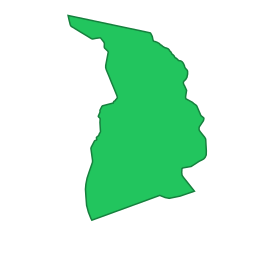 Illizi, Robinson projection, rotated 192°
{"feature_id": "DZA-2188", "entity_name": "Illizi", "entity_type": "Province", "adm_level": 1, "iso_a3": "DZA", "parent_name": "Algeria", "parent_adm1": "", "projection": "robinson", "projection_center": [8.244, 27.011], "detail": "fine", "context": "isolated", "style": "filled", "palette": "green", "viewbox_px": 256, "rotation_deg": 192, "n_neighbors": 0, "source": "natural_earth", "source_scale": "10m", "svg_char_len": 2720}
<svg xmlns="http://www.w3.org/2000/svg" viewBox="0 0 256 256"><g transform="rotate(192 128 128)"><path d="M144.2,30.3L145.6,32.0L149.2,37.4L152.4,43.7L154.7,51.5L156.9,59.3L157.5,64.3L157.6,70.4L157.0,75.9L155.6,87.2L156.0,89.1L160.0,100.2L160.0,101.5L159.9,101.8L158.1,108.3L157.6,108.9L156.8,109.4L156.2,109.9L156.2,110.6L156.7,111.3L156.9,112.0L156.7,112.6L155.5,114.0L155.1,114.6L154.8,116.6L154.3,117.8L154.2,118.4L154.2,118.9L156.6,127.6L157.1,130.9L157.4,131.6L157.7,131.9L158.9,132.6L159.4,133.0L159.5,133.5L158.8,136.9L158.7,138.0L159.0,139.0L159.1,139.6L158.0,143.8L157.4,144.5L147.6,149.4L147.6,150.0L147.5,150.6L147.3,151.1L146.3,152.0L145.8,153.3L145.4,153.8L144.7,155.3L145.4,157.1L149.3,162.9L153.6,169.1L157.0,174.2L161.3,180.4L162.4,182.5L162.8,184.6L162.9,188.8L163.0,193.4L163.1,197.9L163.5,198.8L167.6,201.4L168.1,202.3L168.6,205.3L169.0,206.4L169.5,207.0L173.2,210.1L173.7,210.4L174.8,210.2L178.1,209.0L181.1,207.7L181.8,207.7L182.4,207.8L187.7,209.7L194.4,212.0L203.2,215.1L204.4,215.5L205.3,216.1L206.0,217.1L208.0,221.2L210.0,225.6L126.3,225.7L125.9,225.6L125.7,225.5L125.5,225.3L124.7,224.4L123.9,223.4L123.2,222.4L122.0,219.6L121.7,219.1L121.4,218.6L121.2,218.4L120.6,218.2L120.4,218.2L119.6,218.2L117.4,217.9L114.8,217.1L114.6,217.0L113.8,216.2L113.6,216.1L112.9,216.0L112.7,216.0L112.2,215.8L111.2,215.1L109.1,214.4L108.4,214.2L107.0,214.2L105.2,213.8L105.0,213.7L104.1,213.1L103.8,212.8L103.2,212.1L102.9,211.9L102.4,211.6L102.0,211.4L100.3,209.5L100.1,209.3L99.4,209.1L98.1,208.3L97.8,208.0L97.5,207.6L96.8,206.8L96.6,206.7L96.1,206.3L95.8,206.3L95.4,206.3L95.2,206.3L95.1,206.2L94.9,206.1L94.5,205.8L94.3,205.7L94.2,205.6L93.9,205.5L93.7,205.4L93.0,204.8L92.8,204.6L92.6,204.6L92.4,204.5L91.1,204.6L90.0,204.5L88.8,204.0L88.6,203.9L88.0,203.3L87.4,202.9L87.1,202.5L86.8,202.0L85.9,200.9L85.2,199.4L84.8,198.9L84.3,198.4L82.5,197.1L82.0,196.7L81.7,196.2L81.5,195.8L80.9,193.2L80.9,189.7L81.0,189.4L81.1,189.2L81.6,187.6L81.7,187.4L83.0,185.5L83.1,185.2L83.2,184.9L83.3,184.6L83.3,184.3L83.3,184.0L83.2,183.6L83.1,183.3L82.8,182.7L82.4,182.0L81.6,181.2L78.5,177.0L78.2,170.9L77.9,169.5L77.4,168.6L70.6,166.6L69.7,166.2L69.0,165.7L66.0,164.4L65.8,164.2L65.6,164.1L65.2,163.7L59.4,155.5L59.2,155.3L56.3,153.8L56.1,153.6L55.9,153.5L55.8,153.3L55.7,152.9L55.7,152.4L55.7,151.4L55.8,150.7L56.1,149.9L58.4,144.2L58.5,143.7L58.5,143.4L58.5,142.9L58.4,142.3L58.2,141.4L57.7,140.5L56.6,139.4L51.2,135.0L50.1,133.8L49.8,133.4L49.7,133.1L49.6,132.9L46.6,121.8L45.9,117.9L46.5,115.2L47.5,113.5L49.3,111.9L51.3,110.4L58.2,103.5L65.7,100.5L66.8,99.6L66.2,95.6L65.3,93.0L63.6,91.3L49.9,80.0L62.9,72.2L73.0,67.8L77.2,67.7L82.9,68.7L144.2,30.3Z" fill="#22c55e" stroke="#15803d" stroke-width="1.5"/></g></svg>